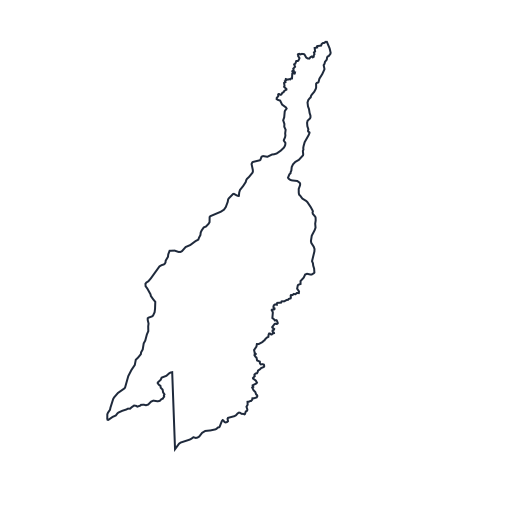 outline of Argelia, Antioquia, Colombia, rotated 303°
{"feature_id": "7082276B45254124580700", "entity_name": "Argelia", "entity_type": "district", "adm_level": 2, "iso_a3": "COL", "parent_name": "Colombia", "parent_adm1": "Antioquia", "projection": "robinson", "projection_center": [-75.064, 5.704], "detail": "fine", "context": "isolated", "style": "outline", "palette": "slate", "viewbox_px": 512, "rotation_deg": 303, "n_neighbors": 0, "source": "geoboundaries", "source_scale": "gbopen_adm2", "svg_char_len": 6096}
<svg xmlns="http://www.w3.org/2000/svg" viewBox="0 0 512 512"><g transform="rotate(303 256 256)"><path d="M49.9,293.3L56.7,293.7L58.6,294.5L65.9,300.4L67.7,301.4L69.9,302.2L70.6,304.6L71.8,305.8L73.6,306.7L78.3,307.1L81.6,308.7L84.9,312.8L88.4,316.3L89.5,317.0L91.3,317.4L92.2,318.3L93.0,318.5L98.9,317.3L100.2,317.4L100.3,318.1L99.6,320.1L99.8,321.1L100.2,321.5L101.1,322.2L102.2,322.5L104.0,320.8L105.0,320.7L109.9,325.1L111.6,326.0L113.9,326.3L115.4,327.0L115.8,327.9L115.8,329.9L116.7,331.3L116.9,332.6L117.4,332.8L120.1,332.1L121.0,332.7L121.8,332.7L122.5,332.4L124.4,330.1L126.7,330.0L129.1,328.3L130.2,329.6L131.3,330.2L131.7,330.8L133.5,331.1L134.7,330.5L135.7,331.9L137.8,333.6L139.3,333.4L139.9,332.6L140.0,331.5L141.6,329.4L142.0,327.2L143.6,324.5L144.7,325.0L145.2,323.9L145.7,323.6L149.3,325.7L150.3,325.8L151.4,323.7L151.6,320.3L152.0,319.9L154.6,320.4L155.3,319.4L155.9,319.3L157.3,319.7L158.2,320.7L159.6,320.6L161.0,320.1L163.3,321.1L164.7,321.3L167.2,323.0L168.1,322.9L169.2,321.8L168.9,320.5L167.7,319.0L168.1,317.8L169.5,316.7L169.0,313.8L171.1,311.7L171.1,310.8L171.9,308.8L172.8,308.4L173.4,309.2L173.7,309.2L174.1,307.6L176.1,305.6L180.3,305.7L182.6,304.7L183.6,306.2L187.4,308.3L189.1,308.6L189.8,309.1L190.9,309.0L193.4,309.5L194.9,310.4L196.9,309.4L198.1,309.2L198.6,309.8L198.4,311.3L198.7,311.9L200.0,312.2L201.1,313.1L201.5,312.7L201.5,311.3L202.0,310.7L202.7,310.4L203.9,311.2L204.7,311.0L204.9,308.6L205.2,308.3L209.1,308.6L209.7,309.0L210.3,310.5L211.3,310.9L211.9,310.5L213.3,308.4L213.2,307.8L212.2,307.0L212.7,305.6L212.9,303.5L217.6,301.0L218.3,300.3L219.2,298.6L219.8,298.7L220.9,300.2L221.7,300.4L222.2,300.0L222.0,299.2L222.8,298.3L224.3,297.8L225.7,298.3L226.5,300.0L227.5,299.3L228.3,299.4L230.5,302.4L231.9,302.2L233.4,304.4L235.9,305.7L236.6,306.7L237.8,306.8L239.3,308.1L239.9,308.0L241.8,306.6L242.3,306.6L243.1,307.9L244.7,308.3L245.4,309.9L247.2,310.4L248.2,312.1L249.7,311.4L251.0,308.3L254.0,307.1L254.8,307.1L256.8,308.6L259.2,307.0L263.9,307.8L267.2,307.3L268.9,308.5L270.1,311.8L270.8,312.8L273.1,313.9L273.9,314.0L277.1,311.6L279.0,309.3L280.9,307.7L282.2,305.8L291.6,302.5L293.7,301.3L295.2,299.4L297.1,295.2L298.5,293.9L303.4,291.7L309.7,291.1L312.2,290.5L315.4,288.0L318.3,286.7L320.6,285.1L321.2,284.3L322.3,280.7L323.3,279.7L324.4,279.4L324.9,278.8L326.8,275.3L329.2,269.7L329.5,268.1L329.4,263.6L330.7,260.1L330.9,258.8L332.2,257.5L335.5,255.3L339.3,254.4L340.5,253.8L341.2,252.8L341.4,249.8L339.0,245.0L338.5,243.4L338.6,241.3L339.1,240.2L342.7,239.5L344.2,239.9L345.1,239.4L346.9,239.1L350.1,237.5L353.1,237.1L356.3,237.7L360.0,239.6L366.0,240.6L367.0,240.2L369.6,238.1L371.1,237.8L372.3,236.8L374.2,236.0L378.0,234.8L386.2,234.3L388.5,233.8L388.8,233.5L388.8,232.1L389.2,231.5L390.8,230.9L392.8,228.4L395.5,226.3L397.6,225.6L400.9,226.4L402.1,226.1L403.4,225.2L405.1,223.1L408.1,220.4L409.8,218.1L412.8,215.6L415.3,214.9L417.5,215.1L418.8,215.5L419.9,215.0L421.5,214.9L425.5,215.4L428.7,215.1L430.0,214.7L433.2,212.6L434.3,212.7L435.1,213.5L435.9,213.7L439.3,212.6L444.6,212.5L449.4,211.8L450.1,211.6L452.9,208.8L454.5,208.8L456.4,208.1L459.2,208.4L461.2,207.5L462.3,207.4L463.3,208.1L466.1,208.3L467.1,207.9L470.2,204.7L474.2,198.8L473.4,197.6L472.1,197.4L471.0,196.1L469.5,195.6L467.9,196.0L465.4,193.0L464.9,193.0L464.2,193.7L462.4,191.9L459.7,194.2L458.3,193.7L457.1,195.1L455.5,195.2L454.6,195.9L453.5,195.4L453.7,194.1L452.5,193.4L450.6,193.2L449.8,191.7L449.8,190.0L451.4,186.9L451.4,186.2L450.5,184.4L449.3,183.5L449.2,182.3L448.3,181.4L447.6,181.5L447.1,182.4L446.5,182.6L445.8,184.5L445.4,184.8L442.9,185.1L442.3,184.8L441.5,183.6L438.7,184.2L437.5,183.6L436.0,185.7L433.4,185.2L431.8,186.9L431.4,186.8L431.0,185.8L430.7,185.8L430.4,186.2L430.5,187.4L431.2,188.7L430.1,189.1L429.8,188.8L429.6,187.5L428.7,187.1L424.5,189.5L423.9,188.7L422.7,188.5L422.5,187.6L421.3,186.7L420.6,184.6L420.2,184.7L419.6,185.5L418.4,185.0L417.8,186.0L416.4,185.3L414.3,187.2L413.2,187.4L412.6,190.6L412.1,190.9L410.0,189.8L408.3,189.9L407.3,189.2L405.2,189.3L404.5,188.7L404.4,187.1L404.1,186.7L403.6,186.6L402.2,187.6L399.8,187.3L398.8,187.9L398.9,189.6L399.5,191.6L397.2,195.4L396.9,200.3L396.3,201.4L393.7,201.2L392.8,201.4L387.7,204.1L384.6,204.9L382.2,207.9L379.8,209.3L378.0,212.1L374.7,213.7L373.1,215.0L371.4,215.7L368.4,216.2L367.9,216.5L366.9,219.0L366.0,219.6L364.5,220.2L362.2,220.4L357.9,219.4L353.2,217.5L351.0,215.6L349.9,214.2L345.4,211.5L343.7,207.6L342.9,206.9L342.1,206.6L339.1,207.3L338.4,207.1L333.2,202.2L332.5,201.9L330.7,202.2L326.5,206.4L325.3,207.3L324.1,207.7L318.6,207.1L315.7,206.4L314.3,206.5L312.4,207.1L307.7,207.1L302.7,206.6L300.2,207.3L297.1,208.9L296.7,208.5L296.3,206.7L296.1,203.6L295.5,203.0L289.6,201.8L288.3,201.8L286.0,202.8L280.6,204.0L277.4,203.9L274.0,202.4L264.5,196.0L263.4,195.9L259.1,198.6L257.3,198.7L253.5,198.0L251.5,196.6L247.9,196.5L245.7,196.8L243.2,198.0L240.5,198.2L238.3,198.7L235.6,197.2L229.4,194.9L225.2,192.1L219.8,191.3L218.3,190.5L217.2,188.8L216.2,184.8L213.3,180.7L209.6,181.5L207.4,182.6L202.9,182.8L201.3,183.6L199.9,183.7L198.7,183.3L196.9,181.8L194.7,180.7L180.0,180.0L176.2,179.5L174.0,178.5L172.5,178.4L170.5,179.9L169.5,182.6L166.4,188.4L165.2,189.6L163.7,193.3L162.7,196.5L156.7,200.1L153.6,201.6L149.9,202.1L148.7,201.7L145.7,199.4L144.8,199.1L143.4,200.0L140.8,202.7L138.3,203.9L134.3,206.6L130.8,207.2L124.7,209.2L121.6,209.4L115.9,211.9L112.6,212.1L110.9,212.9L106.5,212.4L103.5,211.7L98.6,213.7L92.6,213.6L85.7,214.3L74.5,217.8L73.4,217.8L65.9,214.8L60.1,214.0L58.3,214.1L49.6,216.5L47.5,217.3L43.9,217.2L42.3,217.5L38.5,219.9L37.8,220.7L38.1,221.4L43.0,223.4L45.9,225.3L48.6,225.5L49.8,225.9L53.4,228.2L56.7,230.9L58.2,231.7L59.4,233.6L61.2,234.0L64.2,235.2L65.1,237.3L65.0,238.5L67.6,240.5L68.5,240.6L70.2,242.9L70.9,245.0L72.7,246.5L76.7,247.3L78.8,248.7L80.6,252.7L82.1,254.2L84.2,254.6L85.8,255.6L86.6,255.4L88.0,255.6L88.9,254.7L90.1,254.6L91.0,252.4L93.1,250.4L93.6,247.9L95.1,246.5L95.1,244.7L95.8,242.8L96.4,242.5L100.3,243.5L102.6,243.1L106.7,246.1L110.4,247.1L111.7,247.8L112.9,249.0L49.9,293.3Z" fill="none" stroke="#1e293b" stroke-width="2"/></g></svg>